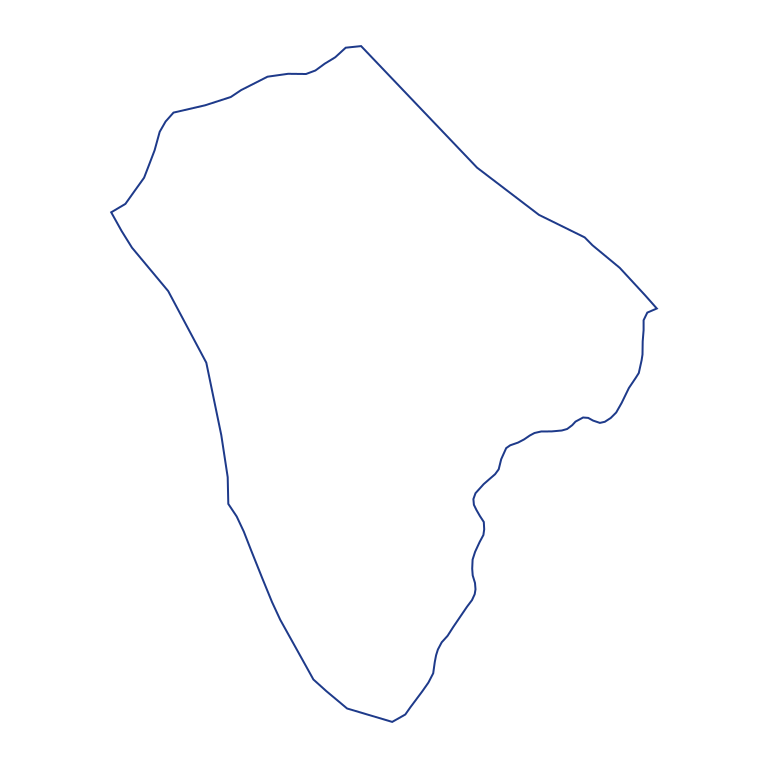 outline of San Cristóbal Cucho, San Marcos, Guatemala
{"feature_id": "79465075B28404659355934", "entity_name": "San Cristóbal Cucho", "entity_type": "district", "adm_level": 2, "iso_a3": "GTM", "parent_name": "Guatemala", "parent_adm1": "San Marcos", "projection": "orthographic", "projection_center": [-91.762, 14.885], "detail": "fine", "context": "isolated", "style": "outline", "palette": "blue", "viewbox_px": 768, "rotation_deg": 0, "n_neighbors": 0, "source": "geoboundaries", "source_scale": "gbopen_adm2", "svg_char_len": 1437}
<svg xmlns="http://www.w3.org/2000/svg" viewBox="0 0 768 768"><path d="M392.2,721.9L405.3,714.5L410.5,707.1L422.3,691.3L428.4,682.6L433.2,673.3L434.8,661.9L436.1,655.2L437.9,649.5L441.7,642.3L447.6,635.8L453.3,626.9L467.1,606.6L472.0,600.1L474.7,594.2L475.5,589.3L475.0,583.0L472.7,575.4L472.2,568.7L472.6,559.6L475.1,551.8L479.6,542.1L483.4,535.0L484.2,529.3L483.8,522.0L479.9,516.0L476.5,510.1L473.9,504.8L473.4,499.1L475.5,493.2L483.7,484.1L489.2,479.3L495.1,474.2L498.7,469.3L501.2,459.2L506.2,448.1L510.2,445.3L518.0,442.6L524.1,439.4L529.8,435.5L534.5,433.0L541.1,431.5L551.7,431.4L556.3,431.0L561.8,430.5L567.1,429.0L572.2,425.2L575.5,421.6L583.1,417.5L588.2,417.9L593.1,420.6L599.9,422.9L604.8,421.8L610.7,418.0L616.2,412.5L621.6,403.0L628.9,388.0L635.7,377.9L638.8,373.0L641.6,360.3L642.5,354.5L642.7,341.4L643.6,330.1L643.6,320.2L647.3,312.6L656.8,308.5L645.2,295.4L619.7,267.8L592.5,245.3L584.7,237.4L539.0,214.9L477.1,167.7L361.1,46.1L345.7,47.7L335.2,57.3L324.7,63.7L315.4,70.5L306.0,74.0L288.1,73.8L267.5,76.7L241.1,90.1L230.8,97.0L205.1,105.3L173.5,112.6L165.6,121.5L159.7,131.8L154.6,150.3L149.0,165.0L144.1,177.7L134.5,191.1L125.4,203.9L111.2,212.3L121.6,231.0L132.0,247.7L168.2,291.1L206.3,362.7L221.3,435.2L227.7,477.2L228.3,503.9L236.7,516.5L243.8,531.6L251.1,550.3L262.3,578.3L272.0,602.0L280.2,619.7L307.2,668.3L313.4,679.5L326.4,691.2L347.1,708.5L392.2,721.9Z" fill="none" stroke="#1e3a8a" stroke-width="2"/></svg>